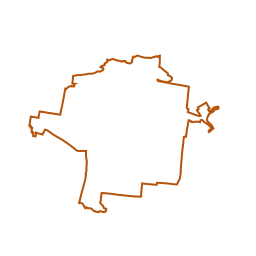 outline of Coarnele Caprei, Iasi, Romania, rotated 323°
{"feature_id": "2599482B36833916817547", "entity_name": "Coarnele Caprei", "entity_type": "district", "adm_level": 2, "iso_a3": "ROU", "parent_name": "Romania", "parent_adm1": "Iasi", "projection": "mercator", "projection_center": [27.123, 47.391], "detail": "fine", "context": "isolated", "style": "outline", "palette": "amber", "viewbox_px": 256, "rotation_deg": 323, "n_neighbors": 0, "source": "geoboundaries", "source_scale": "gbopen_adm2", "svg_char_len": 5690}
<svg xmlns="http://www.w3.org/2000/svg" viewBox="0 0 256 256"><g transform="rotate(323 128 128)"><path d="M43.1,158.9L43.8,158.7L44.1,158.7L44.5,158.8L45.0,159.1L45.1,159.3L46.0,160.7L46.1,161.4L46.1,162.7L45.7,164.1L45.7,164.6L45.7,166.3L46.7,165.9L47.0,166.2L47.3,166.9L47.3,167.5L47.5,167.9L47.9,168.2L48.4,168.5L48.6,168.5L49.0,168.7L49.8,169.8L50.3,170.8L50.5,171.7L50.5,172.2L50.7,173.2L50.8,173.6L51.0,174.0L51.5,174.4L51.7,175.1L52.0,175.7L52.5,176.0L53.1,176.9L53.8,177.5L54.4,177.4L54.8,177.5L55.3,177.4L55.5,177.4L56.3,178.2L56.9,179.4L57.2,179.6L57.3,179.7L57.5,180.0L57.9,180.5L58.7,180.9L59.4,181.0L60.1,181.3L62.0,179.4L61.8,179.0L61.3,178.7L61.0,178.4L60.7,177.9L60.6,177.4L60.6,177.1L60.8,176.4L61.2,175.6L61.2,174.9L60.8,172.8L60.7,171.7L60.8,171.1L61.1,170.7L61.9,170.0L62.4,169.9L62.6,169.7L63.4,168.6L63.9,168.1L64.1,167.8L65.3,166.5L66.1,165.8L67.5,164.2L67.6,163.9L67.5,163.6L74.8,170.3L77.7,173.1L79.1,174.7L82.1,177.4L84.5,179.6L86.0,181.1L90.3,185.0L92.7,187.2L97.0,190.6L100.9,186.2L104.5,182.4L106.0,180.8L109.3,184.0L116.7,190.6L118.0,189.3L118.5,189.5L119.2,189.9L126.0,195.9L128.5,198.3L130.3,200.1L133.1,202.5L139.1,199.5L142.7,196.0L144.2,194.1L146.4,191.4L148.6,188.9L153.5,183.5L154.1,182.8L156.4,180.2L163.2,173.2L164.7,171.4L167.3,168.7L167.6,168.7L169.0,169.9L172.2,166.7L174.0,164.8L177.5,161.7L181.1,158.3L182.1,159.5L182.3,160.1L182.1,160.4L182.2,161.2L182.4,161.5L182.6,161.7L182.8,161.7L182.9,161.9L183.3,162.2L183.7,162.4L184.1,162.5L184.5,162.9L185.5,163.6L186.5,164.0L187.0,164.4L189.0,166.7L190.6,165.5L191.3,165.6L191.8,166.0L192.0,166.2L192.7,169.7L192.9,170.5L194.0,173.3L194.1,173.8L194.5,177.3L194.5,177.7L194.4,178.0L194.2,178.3L193.9,178.5L193.6,178.6L192.8,178.6L191.9,178.7L191.2,178.7L190.8,178.8L190.3,179.3L190.1,179.7L190.2,180.1L193.1,179.9L196.0,179.7L196.5,175.0L196.2,174.1L195.9,172.5L195.6,171.4L195.5,170.6L195.6,169.9L195.8,169.3L196.1,168.9L196.7,168.4L197.0,168.1L197.3,167.7L197.9,167.3L198.2,167.0L198.4,166.8L199.2,166.7L199.9,166.2L200.1,166.3L200.3,166.2L200.2,166.0L200.5,165.7L201.2,165.6L202.6,166.0L203.1,165.8L203.3,165.7L203.6,165.6L204.0,165.7L206.2,166.3L206.6,166.2L206.8,166.0L207.6,165.6L208.1,165.5L209.0,165.6L209.3,165.7L209.8,166.2L209.9,166.4L210.2,166.5L210.9,166.2L211.2,166.4L212.0,166.9L212.9,165.3L210.6,164.0L209.4,163.5L209.0,163.5L208.3,163.4L207.5,163.5L206.2,164.0L205.5,164.1L202.8,163.8L203.2,161.3L205.0,161.5L205.1,160.8L205.1,159.1L205.5,156.4L205.7,155.1L205.7,154.8L205.2,154.7L204.5,154.7L196.1,153.6L195.8,155.3L193.7,155.3L193.6,159.2L193.4,161.9L192.3,161.5L191.8,161.0L190.4,159.1L185.3,151.2L187.6,149.5L187.6,149.2L186.9,147.8L186.9,147.5L187.1,147.2L195.7,137.9L198.0,135.3L201.5,131.7L198.4,128.3L192.7,122.1L190.1,119.5L188.2,117.2L181.0,109.4L180.5,108.9L180.4,108.6L180.2,107.8L180.8,107.2L181.9,109.3L183.7,111.7L185.6,113.8L186.9,115.2L191.3,116.1L192.2,115.6L193.2,114.7L193.3,114.3L192.9,112.0L192.4,111.2L191.7,109.9L191.7,109.6L192.4,109.0L192.5,108.8L192.7,108.0L191.3,103.1L190.7,99.8L190.7,99.5L190.4,99.1L189.7,97.9L190.6,97.2L191.5,96.3L193.7,93.7L195.7,91.0L196.0,90.5L196.6,90.0L197.0,89.4L196.6,89.2L196.2,89.1L196.0,88.9L195.5,88.9L194.8,89.2L194.6,89.0L194.3,88.4L194.0,88.3L194.0,87.9L193.5,87.6L193.0,87.3L191.8,87.2L191.4,86.8L190.3,86.4L188.9,86.2L188.2,85.8L186.8,84.3L183.6,81.9L183.1,81.2L181.2,78.9L180.5,77.8L179.0,75.7L176.7,75.5L176.4,75.4L176.1,75.1L175.3,74.2L174.8,74.2L174.5,74.3L174.2,74.9L173.9,75.2L173.4,75.6L172.4,75.9L171.9,76.4L171.6,76.6L171.5,77.1L171.2,77.3L171.1,77.5L170.7,77.6L169.9,77.9L169.0,77.9L168.5,77.7L168.2,77.6L167.9,77.0L166.6,75.9L166.4,75.6L166.4,75.4L166.5,75.1L166.1,74.6L166.0,74.4L165.9,74.0L165.9,73.9L166.1,73.6L166.1,73.3L166.2,73.1L166.1,72.9L165.5,72.6L165.5,72.4L165.2,72.1L164.9,72.1L164.7,71.7L164.3,71.4L164.0,71.4L163.5,71.6L163.1,71.4L161.7,69.3L161.1,68.6L160.2,67.7L159.5,67.4L159.4,66.9L159.0,66.2L159.0,65.8L158.6,65.5L157.6,64.0L157.2,63.7L156.8,63.4L156.0,63.1L154.1,62.8L153.6,62.4L152.7,60.9L152.5,61.1L152.0,61.4L151.6,61.9L151.5,62.3L151.1,62.8L150.4,62.9L149.8,62.6L149.3,62.4L148.4,62.4L147.9,62.6L147.6,63.1L147.5,63.5L147.0,63.8L146.2,63.4L145.8,63.3L145.3,62.9L144.8,62.9L143.8,62.4L142.7,62.9L143.4,63.8L144.1,64.9L144.1,65.8L143.9,66.1L143.3,66.5L142.8,66.7L141.6,66.4L139.6,66.2L139.2,66.0L138.3,64.9L138.1,64.7L137.7,64.5L136.6,64.2L136.3,64.3L136.0,64.3L134.9,64.1L133.3,63.6L132.4,63.2L130.9,62.2L129.8,61.4L128.9,60.8L127.7,60.3L126.6,59.7L126.0,59.5L125.7,59.3L125.1,58.7L124.2,58.4L123.1,57.8L122.0,57.3L121.0,56.5L120.5,55.9L117.5,54.4L116.0,53.8L115.5,53.6L115.4,53.5L110.3,59.1L112.1,60.7L111.5,60.6L111.2,60.8L111.0,61.2L110.6,61.8L110.1,62.3L109.7,62.3L109.2,61.9L108.8,61.3L108.1,60.4L107.5,60.5L107.3,60.3L107.3,60.2L106.2,59.5L104.3,59.2L103.9,59.4L102.0,59.7L101.2,59.5L101.2,59.4L101.2,59.2L94.1,65.8L90.3,69.2L88.1,71.2L85.1,73.6L81.9,76.6L79.8,74.4L78.7,73.4L77.0,71.5L73.5,68.0L67.5,61.7L64.8,63.9L63.2,65.4L62.6,66.0L57.3,60.4L56.4,61.2L56.1,61.6L54.1,63.4L52.9,64.7L50.6,66.8L51.6,67.7L50.4,68.9L51.6,70.1L48.7,72.7L49.5,73.6L48.6,74.4L49.5,75.2L47.4,77.2L48.5,78.3L48.9,78.8L49.0,79.0L50.7,77.7L51.7,76.3L53.1,78.2L55.8,81.8L60.7,79.3L61.9,80.9L62.3,81.7L62.8,83.3L63.7,86.3L64.1,87.5L64.8,89.4L66.3,93.0L67.0,94.5L68.3,97.6L70.4,103.8L72.4,110.5L73.2,114.1L73.8,115.6L74.0,116.0L75.3,117.1L78.8,119.6L80.7,121.1L78.8,123.5L77.4,125.5L76.9,126.4L76.1,128.0L75.9,128.1L74.8,130.2L70.0,135.8L69.9,135.8L69.4,136.8L69.0,137.3L68.5,137.7L68.0,138.0L67.3,138.5L66.8,139.0L66.7,139.1L66.8,139.5L66.7,139.8L66.1,140.0L63.6,142.8L59.6,146.0L57.9,147.2L56.9,148.1L51.9,151.9L48.9,154.3L46.2,156.6L43.1,158.9Z" fill="none" stroke="#b45309" stroke-width="2"/></g></svg>